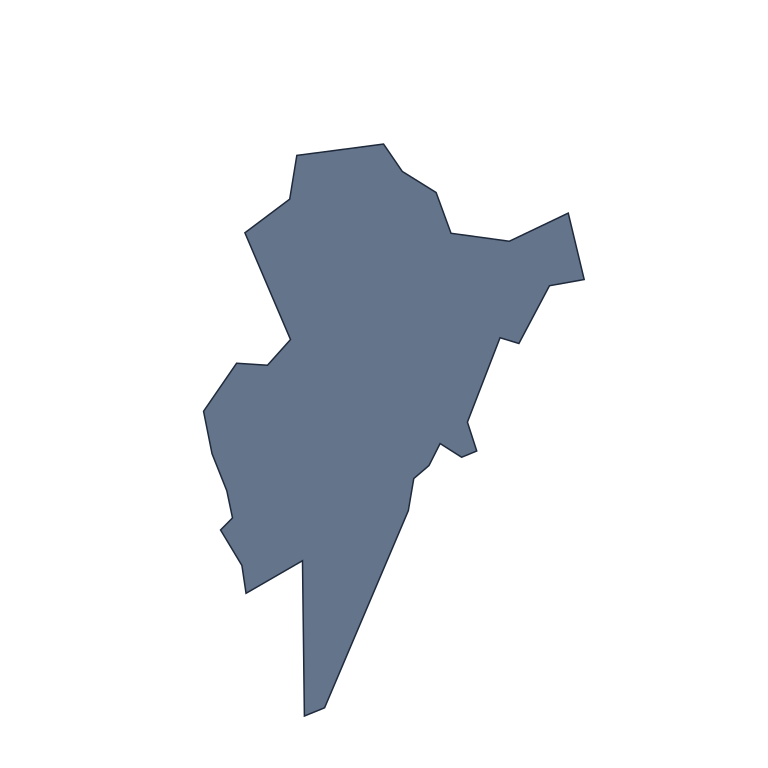 the district of Bagdad, Ferghana, Uzbekistan, rotated 327°
{"feature_id": "79887680B98811003326112", "entity_name": "Bagdad", "entity_type": "district", "adm_level": 2, "iso_a3": "UZB", "parent_name": "Uzbekistan", "parent_adm1": "Ferghana", "projection": "equal_earth", "projection_center": [71.205, 40.489], "detail": "fine", "context": "isolated", "style": "filled", "palette": "slate", "viewbox_px": 768, "rotation_deg": 327, "n_neighbors": 0, "source": "geoboundaries", "source_scale": "gbopen_adm2", "svg_char_len": 591}
<svg xmlns="http://www.w3.org/2000/svg" viewBox="0 0 768 768"><g transform="rotate(327 384 384)"><path d="M608.8,405.4L631.6,341.0L566.8,332.5L522.3,294.1L532.0,251.8L515.1,215.7L514.3,182.5L435.4,144.8L405.6,177.6L349.7,181.4L338.3,246.8L329.8,295.8L296.5,304.8L271.7,286.3L217.8,308.6L201.8,348.8L194.0,388.0L184.0,413.8L167.4,417.4L166.0,458.8L154.3,484.4L219.4,487.8L136.4,619.1L157.8,623.2L335.4,503.5L357.5,479.5L377.3,476.9L398.6,464.5L409.2,487.7L425.3,490.7L433.2,461.4L506.5,408.4L519.2,423.5L576.3,391.7L608.8,405.4Z" fill="#64748b" stroke="#1e293b" stroke-width="1.5"/></g></svg>